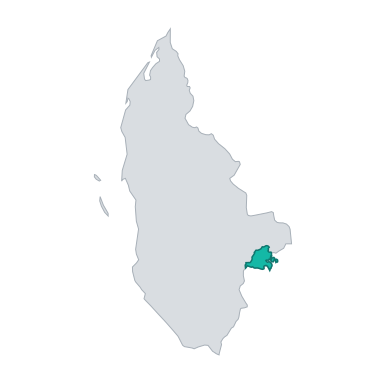 Valle on a map of Honduras (Mercator projection), rotated 267°
{"feature_id": "HND-645", "entity_name": "Valle", "entity_type": "Department", "adm_level": 1, "iso_a3": "HND", "parent_name": "Honduras", "parent_adm1": "", "projection": "mercator", "projection_center": [-87.601, 13.55], "detail": "fine", "context": "in_parent", "style": "filled", "palette": "teal", "viewbox_px": 384, "rotation_deg": 267, "n_neighbors": 0, "source": "natural_earth", "source_scale": "10m", "svg_char_len": 4327}
<svg xmlns="http://www.w3.org/2000/svg" viewBox="0 0 384 384"><g transform="rotate(267 192 192)"><path d="M356.1,178.9L342.5,178.1L336.1,179.8L333.3,183.6L330.8,185.3L328.8,184.9L324.7,186.4L318.6,189.8L313.0,191.1L308.1,190.2L306.6,191.1L306.3,192.2L305.5,193.2L303.6,193.8L301.4,193.5L298.9,192.3L297.6,192.8L297.5,195.0L296.1,195.6L293.6,194.6L290.7,195.4L287.6,198.0L283.1,198.6L277.4,197.1L273.0,194.2L269.8,190.0L266.0,188.9L259.4,192.1L256.7,195.7L256.1,198.0L256.7,200.0L255.5,201.3L252.5,202.0L250.1,204.5L248.5,208.8L248.2,212.1L249.2,214.4L247.6,216.2L243.6,217.3L238.9,221.0L233.4,227.2L228.0,231.6L222.6,234.1L220.0,236.9L220.2,239.9L219.8,240.9L218.8,241.2L217.0,241.6L206.6,235.0L203.6,230.4L201.0,231.1L197.8,233.5L193.2,238.6L188.2,245.7L185.8,246.5L173.5,245.4L166.9,246.1L165.6,247.0L165.0,249.6L165.4,253.0L167.2,265.4L168.2,270.5L167.2,272.1L163.9,272.4L159.5,273.1L157.2,275.4L156.6,277.8L156.4,281.2L155.0,284.7L152.4,287.1L149.7,288.0L135.0,288.7L135.3,283.0L131.0,280.6L128.6,275.9L126.5,272.6L127.2,270.7L127.0,268.4L121.0,266.6L115.4,268.0L112.2,267.1L109.8,265.9L113.9,263.0L114.2,261.3L112.8,260.1L111.5,259.2L111.9,256.0L112.7,252.2L115.0,243.4L114.2,241.8L110.4,239.2L105.7,238.9L100.4,239.7L97.9,238.4L95.7,235.3L92.0,233.9L85.3,236.3L78.3,240.0L76.2,241.3L74.4,241.1L73.6,238.4L73.3,235.1L72.8,234.3L69.1,233.2L64.7,232.3L62.5,231.4L60.4,229.2L55.2,226.4L54.0,224.2L47.0,219.4L45.6,217.0L44.0,215.2L40.7,213.0L38.1,213.5L29.2,210.7L27.9,210.5L29.1,208.0L31.9,204.2L38.0,200.0L38.5,196.6L36.9,190.1L35.3,185.9L36.2,184.0L38.0,176.3L39.5,174.6L48.3,170.7L49.1,170.2L56.1,164.8L63.7,158.8L71.7,152.1L80.7,144.7L85.6,140.4L87.9,138.5L93.0,140.1L97.1,136.6L99.4,135.4L104.9,131.2L106.6,130.3L115.7,128.5L120.2,128.6L124.0,132.8L127.1,135.2L132.9,133.2L137.7,132.7L157.8,136.7L165.7,134.9L180.3,134.6L186.9,135.6L196.2,129.9L202.1,128.8L209.1,126.2L208.2,123.5L206.5,122.3L217.2,123.5L233.1,129.2L250.0,128.1L256.1,125.1L260.0,124.2L277.4,130.0L282.0,134.5L285.5,135.0L288.3,133.9L289.0,133.0L285.6,132.0L284.1,130.6L297.7,133.4L323.4,154.6L324.0,156.3L313.0,150.0L307.2,150.5L305.7,151.5L306.0,154.9L306.5,156.5L309.0,156.7L310.9,155.8L315.4,156.9L318.4,159.2L322.0,162.7L324.2,166.4L326.6,166.5L328.9,164.2L333.3,164.0L336.1,166.5L338.1,166.4L335.3,162.4L328.7,158.5L330.3,158.3L344.9,165.4L349.1,174.2L352.5,176.2L356.1,178.9ZM183.5,102.8L175.1,107.1L172.4,107.0L176.3,103.7L182.6,100.8L187.9,99.4L192.2,100.0L183.5,102.8ZM212.6,98.2L208.5,101.4L207.8,100.0L209.8,97.0L212.2,95.3L214.5,95.5L214.0,96.8L212.6,98.2Z" fill="#d9dde1" stroke="#a8b0b8" stroke-width="1"/><path d="M112.2,260.0L111.6,259.9L111.1,258.6L111.4,257.1L112.6,254.0L112.8,253.0L112.7,251.0L112.9,250.1L113.4,249.4L113.9,248.9L114.2,248.3L113.8,247.4L114.1,246.5L115.2,244.0L115.6,243.2L114.7,242.9L113.2,241.6L114.0,241.4L116.2,241.3L117.5,242.2L118.6,242.2L118.6,243.8L118.5,246.2L118.9,246.8L121.1,248.3L122.7,248.6L123.7,248.5L123.8,248.6L124.1,248.7L124.3,248.9L126.1,250.3L127.5,251.2L128.1,251.4L128.5,251.1L128.6,251.3L129.5,252.0L129.9,252.3L130.3,252.5L130.5,252.9L130.4,255.1L130.6,255.5L130.9,255.9L130.9,256.3L131.7,257.9L133.6,259.3L133.4,260.5L133.5,261.0L133.8,261.8L134.4,262.9L134.5,264.0L133.9,265.4L132.8,266.2L132.0,265.5L131.7,265.2L131.2,265.1L130.1,265.3L129.7,265.2L129.2,264.7L128.3,265.4L128.0,265.7L127.8,266.2L127.7,266.9L127.8,267.3L127.9,267.6L127.4,268.1L127.0,268.1L125.2,268.1L124.4,268.3L123.9,268.3L123.4,268.1L123.4,267.7L124.1,267.7L124.1,267.4L123.1,267.1L122.1,266.8L121.2,266.7L120.5,267.4L120.1,267.4L120.2,266.8L120.8,265.5L120.1,265.2L119.9,264.6L120.1,263.0L119.8,262.2L119.2,262.4L118.5,263.0L117.9,263.6L118.4,265.2L117.6,266.6L116.2,267.7L114.7,268.1L113.8,267.9L112.5,267.1L111.5,266.8L111.4,266.4L111.4,266.0L111.3,265.9L110.7,265.8L110.4,265.8L109.6,265.5L113.8,263.6L114.7,262.5L114.8,261.8L114.7,261.1L114.5,260.5L114.1,260.0L113.3,259.7L112.2,260.0ZM119.9,267.5L120.5,267.7L121.9,267.4L122.7,267.4L122.7,267.7L121.7,268.1L122.4,270.3L121.6,271.0L119.1,270.2L118.0,269.5L118.1,268.6L118.8,267.6L119.3,267.3L119.9,267.5ZM120.3,271.8L120.5,272.2L120.4,273.0L119.8,273.8L118.7,274.0L118.0,273.9L117.8,273.8L117.6,273.7L117.6,273.3L117.9,273.3L117.7,273.0L117.4,272.4L117.2,272.1L118.1,271.9L118.7,271.8L120.3,271.8Z" fill="#14b8a6" stroke="#0f766e" stroke-width="1.5"/></g></svg>